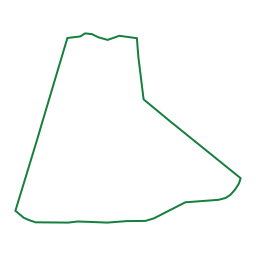 Montanhas, Rio Grande do Norte, Brazil
{"feature_id": "56859067B36575114506643", "entity_name": "Montanhas", "entity_type": "district", "adm_level": 2, "iso_a3": "BRA", "parent_name": "Brazil", "parent_adm1": "Rio Grande do Norte", "projection": "mercator", "projection_center": [-35.285, -6.496], "detail": "fine", "context": "isolated", "style": "outline", "palette": "green", "viewbox_px": 256, "rotation_deg": 0, "n_neighbors": 0, "source": "geoboundaries", "source_scale": "gbopen_adm2", "svg_char_len": 508}
<svg xmlns="http://www.w3.org/2000/svg" viewBox="0 0 256 256"><path d="M240.6,178.2L170.1,121.3L143.6,99.4L138.4,57.2L137.8,50.2L136.9,38.2L119.3,35.8L107.6,39.9L98.1,37.2L91.9,34.1L85.0,33.4L80.4,36.4L67.4,38.0L58.7,67.1L40.8,127.1L37.5,138.4L15.4,210.8L23.8,217.8L29.3,220.2L35.6,222.3L68.2,222.6L77.7,221.5L89.8,221.9L107.2,222.6L126.6,221.1L145.4,220.9L153.8,218.4L185.3,202.3L218.7,199.8L225.4,198.0L230.3,194.9L234.9,189.8L239.0,183.4L240.6,178.2Z" fill="none" stroke="#15803d" stroke-width="2"/></svg>